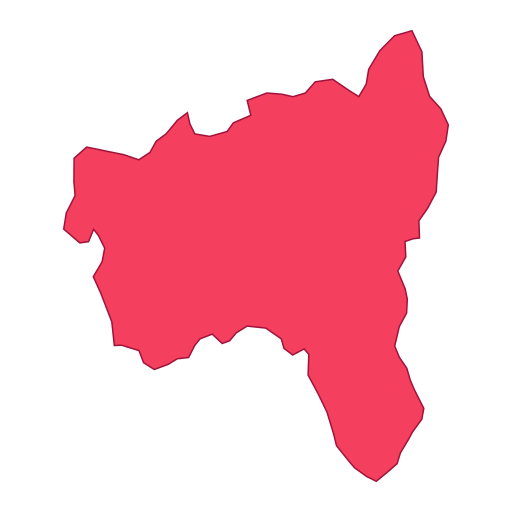 outline of Värnamo, Jönköping, Sweden
{"feature_id": "70781695B84556885124155", "entity_name": "Värnamo", "entity_type": "district", "adm_level": 2, "iso_a3": "SWE", "parent_name": "Sweden", "parent_adm1": "Jönköping", "projection": "orthographic", "projection_center": [14.133, 57.154], "detail": "fine", "context": "isolated", "style": "filled", "palette": "rose", "viewbox_px": 512, "rotation_deg": 0, "n_neighbors": 0, "source": "geoboundaries", "source_scale": "gbopen_adm2", "svg_char_len": 1422}
<svg xmlns="http://www.w3.org/2000/svg" viewBox="0 0 512 512"><path d="M376.5,481.1L387.0,472.5L397.1,463.7L400.4,452.9L408.5,439.4L412.5,432.0L421.8,419.2L423.8,408.4L414.3,389.6L410.3,380.2L406.8,368.2L399.4,357.4L394.7,346.1L399.3,326.6L406.6,313.1L407.3,299.1L405.2,289.0L397.8,271.0L405.8,256.9L405.0,241.5L413.0,238.8L419.5,238.0L418.9,220.8L427.6,208.3L436.2,192.1L437.4,173.4L438.6,157.2L445.9,141.0L448.3,124.9L440.8,108.8L429.6,96.4L423.3,76.6L421.9,51.8L411.9,30.7L411.7,30.8L406.2,32.4L394.6,35.7L379.8,50.7L368.7,69.3L366.2,84.2L358.8,96.6L348.9,90.4L332.7,79.3L315.3,81.8L305.4,93.0L293.0,96.7L281.8,94.2L266.9,93.0L247.2,100.4L250.8,115.3L233.4,122.8L227.1,131.5L209.7,136.4L194.8,133.9L189.9,123.9L187.4,112.7L177.4,120.2L166.2,133.8L156.2,141.2L150.0,152.4L138.8,159.8L123.9,154.7L105.2,150.9L89.8,147.7L86.6,147.1L74.1,158.2L73.9,181.8L75.1,195.6L66.3,212.9L63.7,229.1L79.8,242.9L88.5,241.7L93.6,229.3L98.5,235.6L104.7,248.1L102.1,261.8L93.3,276.7L100.7,293.0L111.8,321.8L114.3,345.5L121.5,345.2L139.0,350.6L143.6,362.7L154.3,369.5L168.5,364.2L177.2,358.8L188.6,357.5L194.7,345.5L200.1,338.8L212.2,334.1L222.2,343.5L229.6,340.8L236.3,332.8L247.1,326.1L265.8,328.1L281.3,338.9L283.9,348.3L292.7,355.0L304.1,348.9L308.8,354.3L308.1,375.1L318.2,393.9L327.0,412.1L333.7,434.2L336.5,445.7L350.0,462.5L354.7,467.9L366.8,476.6L376.3,481.3L376.5,481.1Z" fill="#f43f5e" stroke="#9f1239" stroke-width="1.5"/></svg>